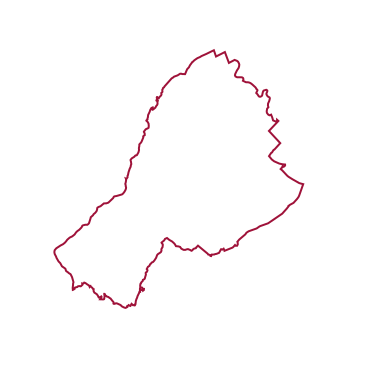 Petelea, Mures, Romania (Natural Earth projection), rotated 116°
{"feature_id": "2599482B51636470976237", "entity_name": "Petelea", "entity_type": "district", "adm_level": 2, "iso_a3": "ROU", "parent_name": "Romania", "parent_adm1": "Mures", "projection": "natural_earth1", "projection_center": [24.753, 46.721], "detail": "fine", "context": "isolated", "style": "outline", "palette": "rose", "viewbox_px": 384, "rotation_deg": 116, "n_neighbors": 0, "source": "geoboundaries", "source_scale": "gbopen_adm2", "svg_char_len": 6040}
<svg xmlns="http://www.w3.org/2000/svg" viewBox="0 0 384 384"><g transform="rotate(116 192 192)"><path d="M310.6,284.9L312.9,281.5L313.7,279.2L315.8,276.3L316.3,272.9L316.6,272.0L318.0,270.8L318.3,270.1L318.5,268.5L318.9,267.2L319.1,265.2L319.4,264.7L321.1,262.5L325.0,259.0L326.5,258.7L327.9,258.1L330.5,257.2L332.2,256.2L331.8,255.8L330.5,255.1L330.1,255.6L329.1,255.2L327.7,253.5L327.0,253.3L326.6,253.0L325.8,251.7L325.6,250.8L325.3,250.5L323.4,249.8L322.3,250.6L322.0,249.7L321.7,249.4L320.7,249.2L320.6,248.9L320.6,247.6L321.0,245.5L321.1,244.0L321.4,243.3L322.0,242.6L321.3,242.6L320.9,242.1L321.5,241.5L321.8,239.6L322.5,238.6L322.4,237.8L324.1,237.1L325.2,235.7L325.6,232.7L326.5,231.1L327.7,229.6L327.7,229.4L327.1,228.8L325.6,227.7L325.9,227.3L326.3,227.2L328.7,227.5L327.4,224.6L326.9,224.1L326.0,224.2L324.0,224.9L322.4,226.0L322.0,226.2L321.9,226.0L322.1,225.4L323.3,224.2L323.0,223.5L323.3,222.5L323.0,221.1L323.4,219.6L323.4,218.6L324.9,215.5L325.2,214.6L325.9,213.8L326.4,213.6L326.6,213.7L326.8,213.5L326.7,213.0L326.3,212.4L325.3,211.5L325.0,210.4L324.9,207.0L325.1,205.9L325.5,205.2L325.6,203.0L325.4,201.2L325.2,200.8L323.8,199.8L323.4,200.2L322.7,200.2L322.0,199.3L321.4,199.3L321.4,199.1L321.6,198.4L321.4,197.4L319.0,197.3L319.1,196.9L319.6,195.7L319.3,195.4L319.3,194.3L318.3,194.1L318.4,193.6L317.7,193.6L314.6,194.7L312.5,195.0L311.1,195.0L309.5,195.3L306.1,195.3L305.0,195.5L304.6,194.9L303.9,195.4L301.9,196.3L301.8,196.0L302.1,195.7L302.5,194.9L301.9,193.4L301.9,193.1L302.2,192.8L301.2,192.3L300.2,192.7L300.7,193.6L299.8,194.8L300.2,196.1L300.2,196.8L298.3,197.8L297.7,197.8L296.9,198.1L296.3,197.8L295.6,198.0L293.6,197.3L292.5,197.6L291.2,196.6L290.4,196.5L289.0,196.8L286.5,197.2L285.5,197.9L284.8,198.2L284.4,198.1L283.7,197.6L282.1,197.6L281.6,197.9L281.1,198.9L278.6,198.8L277.0,197.9L275.4,198.0L274.3,197.5L273.1,197.3L271.9,196.3L270.1,195.8L266.9,195.4L264.1,195.7L263.0,195.5L260.4,194.0L259.5,193.6L258.1,193.7L257.4,194.2L256.3,194.5L254.5,194.3L252.2,195.1L251.7,195.6L251.3,196.7L250.8,197.2L247.7,195.8L246.0,195.7L244.3,194.3L245.0,191.4L245.2,188.2L245.9,185.8L246.5,184.4L247.7,182.7L246.8,180.2L246.6,178.6L247.6,176.8L247.7,175.0L247.6,173.9L246.9,172.6L246.1,171.9L245.1,170.6L244.9,167.9L245.1,166.9L245.0,166.6L244.3,166.2L242.8,165.8L242.0,165.3L240.8,163.9L240.3,164.0L237.6,163.1L240.6,150.8L241.1,150.0L240.7,148.2L241.0,147.8L241.4,147.4L241.2,146.7L239.6,146.8L238.5,144.7L237.7,144.0L236.8,142.8L234.8,141.0L230.7,140.8L230.4,140.1L230.5,139.5L230.4,139.3L229.1,138.7L230.2,137.3L230.6,137.0L224.2,131.2L223.1,130.7L220.8,130.1L221.2,129.2L220.5,127.9L219.0,127.9L217.4,128.8L216.9,129.4L214.0,128.7L206.7,125.5L204.7,125.2L202.5,123.9L196.4,117.9L193.3,116.2L192.5,115.5L186.8,109.9L171.9,101.4L165.2,99.5L162.2,98.9L162.1,99.1L160.5,98.3L157.3,96.0L152.1,94.5L149.9,94.1L148.3,94.1L136.2,95.5L136.6,97.4L137.0,99.5L136.5,107.3L136.0,112.0L135.6,113.6L133.0,120.4L132.5,122.4L131.0,122.0L130.3,121.6L129.7,121.9L129.2,121.9L129.1,121.7L129.2,121.4L129.1,120.7L128.6,120.3L127.7,120.0L127.2,120.0L126.5,120.4L127.4,122.8L128.2,126.0L128.4,131.6L127.8,134.5L126.0,138.5L122.3,138.0L121.3,137.4L118.8,137.2L118.2,137.0L117.9,136.6L109.4,134.1L103.4,149.6L90.3,145.5L89.8,147.2L91.6,146.4L91.9,147.1L92.1,150.5L89.8,152.6L87.8,154.8L89.0,155.8L89.1,156.3L89.0,157.5L88.0,159.4L86.6,160.3L84.1,161.0L82.3,160.5L81.1,161.6L79.2,162.4L76.2,162.5L73.9,163.0L73.3,163.4L73.0,163.8L72.9,165.9L71.7,167.8L70.8,168.3L68.7,168.4L67.8,168.8L67.6,169.4L67.6,170.1L69.4,172.0L70.1,172.2L71.2,172.1L74.5,171.3L75.0,171.4L75.5,171.6L76.4,172.3L76.8,173.3L76.6,174.1L75.5,176.0L75.1,176.9L75.0,177.5L74.7,177.7L72.0,177.7L71.5,178.1L71.2,178.9L71.1,179.5L70.6,180.0L70.1,180.9L68.9,185.0L68.5,187.0L68.5,188.2L68.7,189.4L69.7,191.7L69.7,195.0L68.1,195.2L67.2,196.0L67.0,197.0L67.3,198.1L69.1,201.7L69.1,203.6L68.2,204.6L66.8,204.9L63.0,204.9L60.4,204.5L58.6,204.7L56.8,205.3L55.9,206.1L54.7,207.7L54.4,209.0L54.6,211.6L59.8,215.4L51.8,223.8L59.7,229.8L55.0,234.5L61.7,239.7L65.6,243.0L67.2,244.0L69.3,245.8L72.5,247.6L75.0,248.5L75.3,248.8L75.8,248.8L79.1,249.4L81.2,249.4L83.8,250.2L89.1,249.9L90.3,252.6L90.4,253.5L90.9,254.5L93.5,256.1L96.2,258.7L97.6,259.3L98.8,260.1L109.2,263.0L110.2,263.0L110.9,263.5L111.4,263.6L112.5,263.4L113.3,263.5L114.5,262.7L115.1,262.5L116.5,263.0L117.7,262.2L118.7,262.1L121.7,263.1L122.3,262.9L122.6,263.0L123.0,263.6L121.9,264.9L122.0,265.1L122.5,265.1L123.0,264.8L123.5,263.9L123.9,263.9L124.8,264.2L125.4,264.1L125.5,263.9L125.0,262.8L125.0,262.7L126.3,262.5L127.9,261.6L129.1,261.5L130.6,261.9L132.2,261.9L134.9,263.1L135.4,263.6L135.3,263.9L133.7,264.0L133.2,264.4L134.3,265.3L136.3,265.5L138.7,265.2L142.0,265.2L144.5,264.3L145.4,264.3L146.3,263.8L147.3,264.3L147.9,264.3L148.5,262.5L149.6,261.0L151.6,259.8L153.0,259.3L153.3,259.2L154.4,259.8L155.2,260.6L156.0,261.1L158.9,261.7L159.1,261.6L160.0,260.3L161.6,259.4L163.0,260.2L163.5,260.2L164.3,259.7L165.4,259.6L168.9,259.4L169.9,259.5L172.3,260.2L173.8,259.5L175.8,259.0L177.5,258.0L179.9,257.5L183.0,257.7L183.4,258.0L183.9,258.8L184.4,259.0L185.6,259.3L188.2,260.9L190.0,261.3L190.6,261.0L191.3,260.3L193.5,258.8L194.7,258.7L196.3,258.2L198.4,258.2L202.1,257.7L204.8,257.0L205.9,257.0L207.0,256.4L208.6,256.6L209.0,257.0L209.0,257.3L209.5,256.8L210.6,256.3L212.7,255.7L214.0,255.5L214.8,254.7L216.0,254.0L216.7,253.3L217.7,252.9L219.1,252.7L221.3,252.8L223.3,253.2L224.4,253.6L224.9,253.9L228.7,258.1L230.0,259.9L230.7,260.2L232.0,260.2L238.2,262.5L239.7,264.0L240.9,266.2L244.9,268.0L246.4,269.4L247.5,270.1L248.1,270.1L249.4,269.6L251.2,269.4L253.3,269.9L255.0,270.7L256.4,270.8L259.0,271.9L260.4,271.6L265.1,270.9L266.4,271.2L267.4,271.8L267.9,273.0L268.5,273.9L269.8,275.4L270.4,275.8L271.5,275.7L272.7,275.9L275.4,276.8L277.4,277.9L279.1,278.5L281.7,278.9L284.4,280.2L286.4,281.8L287.2,282.2L289.6,283.2L291.3,283.5L293.2,284.0L295.4,285.0L297.7,286.7L302.1,289.3L304.5,289.9L305.7,289.6L306.8,289.1L308.0,288.1L309.6,285.9L310.6,284.9Z" fill="none" stroke="#9f1239" stroke-width="2"/></g></svg>